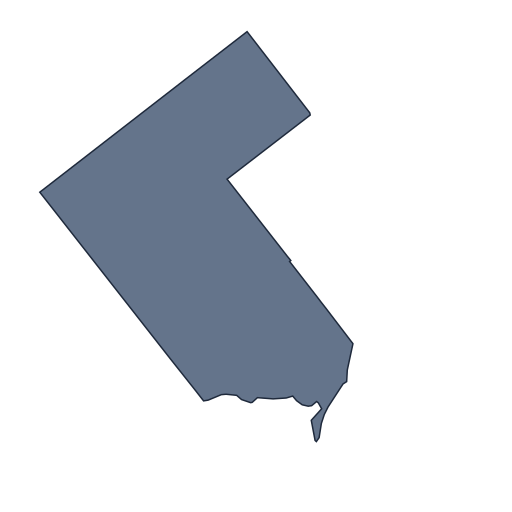 Manatee, Florida, United States of America (Mercator projection), rotated 232°
{"feature_id": "52423323B9469904891992", "entity_name": "Manatee", "entity_type": "district", "adm_level": 2, "iso_a3": "USA", "parent_name": "United States of America", "parent_adm1": "Florida", "projection": "mercator", "projection_center": [-82.543, 27.427], "detail": "fine", "context": "isolated", "style": "filled", "palette": "slate", "viewbox_px": 512, "rotation_deg": 232, "n_neighbors": 0, "source": "geoboundaries", "source_scale": "gbopen_adm2", "svg_char_len": 787}
<svg xmlns="http://www.w3.org/2000/svg" viewBox="0 0 512 512"><g transform="rotate(232 256 256)"><path d="M438.7,309.2L439.4,124.9L227.5,125.2L189.8,125.5L189.7,125.5L174.1,125.5L171.9,129.5L168.1,143.3L165.5,147.3L158.1,155.0L151.8,156.2L143.7,161.5L143.1,162.7L143.0,162.9L143.5,169.9L132.9,181.5L125.5,192.4L123.0,198.7L117.0,198.9L110.3,200.8L105.5,204.7L103.8,207.7L104.0,214.2L101.9,214.7L95.2,213.7L92.5,198.4L74.3,189.0L72.6,189.3L74.0,193.9L83.8,204.4L89.1,212.3L92.7,219.9L101.6,245.8L101.2,250.1L110.0,257.8L127.2,278.4L171.5,278.9L179.4,278.9L179.8,278.9L186.2,279.0L191.2,279.0L230.0,279.1L231.0,279.1L231.0,280.6L231.7,280.6L232.4,280.6L236.8,280.5L334.4,280.5L333.7,385.5L335.7,386.5L438.3,387.1L438.7,309.2Z" fill="#64748b" stroke="#1e293b" stroke-width="1.5"/></g></svg>